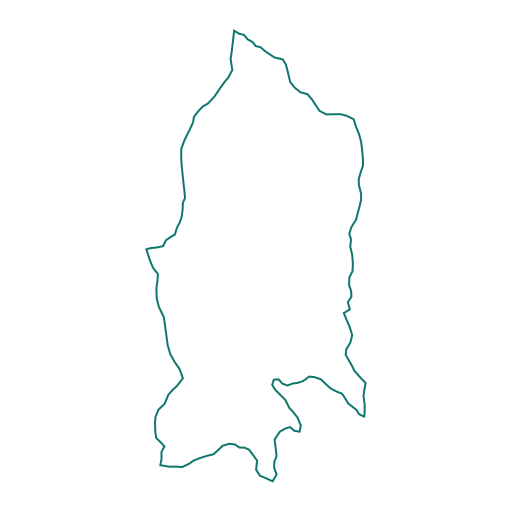 Ibirama, Santa Catarina, Brazil
{"feature_id": "56859067B41531797206151", "entity_name": "Ibirama", "entity_type": "district", "adm_level": 2, "iso_a3": "BRA", "parent_name": "Brazil", "parent_adm1": "Santa Catarina", "projection": "natural_earth1", "projection_center": [-49.524, -27.014], "detail": "fine", "context": "isolated", "style": "outline", "palette": "teal", "viewbox_px": 512, "rotation_deg": 0, "n_neighbors": 0, "source": "geoboundaries", "source_scale": "gbopen_adm2", "svg_char_len": 2452}
<svg xmlns="http://www.w3.org/2000/svg" viewBox="0 0 512 512"><path d="M351.1,239.7L349.3,233.7L351.3,227.3L356.0,219.7L358.3,211.0L359.9,205.0L361.1,199.7L361.1,193.6L358.9,185.2L358.7,179.5L360.4,173.1L363.0,165.5L363.0,159.7L362.5,154.3L361.8,147.3L361.1,141.7L359.1,134.3L355.9,126.4L353.6,119.2L346.5,115.7L340.4,114.2L335.4,114.2L330.4,114.3L326.0,114.3L319.3,110.7L314.8,103.8L312.0,99.5L307.5,94.2L300.5,92.3L294.3,87.3L290.2,82.0L287.8,71.8L285.9,64.6L282.7,59.4L274.6,57.5L268.6,53.6L264.5,50.7L260.5,47.2L255.7,46.1L252.7,42.1L247.7,39.4L243.9,34.8L239.5,33.9L234.1,30.7L233.5,36.6L232.6,44.0L231.6,52.5L230.6,58.8L232.3,70.1L228.4,77.4L224.7,81.8L219.4,89.2L214.0,97.1L207.6,103.8L203.1,106.2L198.2,111.3L193.9,116.9L193.1,122.3L190.3,128.4L187.4,134.2L184.5,140.1L181.3,148.8L181.2,158.2L181.9,167.8L182.9,177.4L183.8,185.8L184.5,191.9L185.0,198.0L182.9,202.9L182.6,210.0L181.6,217.2L179.8,222.3L176.9,227.8L174.9,234.5L170.3,237.2L165.8,240.4L163.1,246.1L157.4,247.4L150.7,248.1L146.4,249.3L148.5,256.1L150.8,262.7L153.1,267.9L157.9,274.0L157.4,281.5L156.4,288.1L156.7,298.1L158.8,306.7L161.7,312.8L163.9,317.4L167.7,345.3L170.3,354.2L174.7,362.0L179.7,369.3L182.9,378.3L177.1,385.8L173.0,389.6L168.5,394.5L164.6,403.8L158.4,409.7L155.5,417.1L155.0,423.2L155.3,431.6L156.2,438.0L160.3,441.9L164.4,446.4L161.5,451.9L161.5,459.3L160.3,465.2L169.4,466.7L176.1,466.7L182.3,467.0L188.9,463.9L193.6,460.6L200.1,458.0L206.5,456.0L213.4,454.3L218.4,449.9L222.5,445.8L229.2,443.8L235.0,444.5L239.6,447.6L244.4,447.6L249.1,449.7L252.5,454.3L257.1,460.6L256.1,469.6L259.9,475.7L264.8,477.7L272.6,481.3L276.6,474.5L274.1,467.6L274.3,461.9L276.6,456.0L275.6,447.6L274.6,439.5L279.8,431.7L285.4,428.5L290.0,427.1L294.3,430.8L299.6,431.7L300.8,425.5L297.6,417.7L293.3,412.2L289.3,407.9L285.3,399.8L279.0,393.6L275.1,389.7L272.2,384.9L273.8,379.7L278.7,379.4L282.3,383.6L287.6,385.5L292.6,383.5L297.2,383.0L302.9,381.2L309.2,376.6L314.3,377.1L320.7,379.2L326.2,384.4L330.6,388.4L336.6,391.6L341.9,393.6L345.2,398.4L348.3,403.6L352.4,406.7L356.5,409.9L359.1,414.2L364.2,416.6L364.7,411.0L364.6,403.8L363.5,396.2L364.2,390.8L365.6,383.0L359.1,376.2L354.3,370.7L351.4,364.7L348.3,359.5L345.7,354.9L346.2,349.4L350.3,342.7L352.2,335.1L349.8,327.3L346.7,320.1L343.8,313.1L349.8,309.4L347.9,302.0L351.4,296.8L351.1,290.7L349.1,285.5L349.3,277.4L352.5,271.3L352.9,264.1L352.2,254.8L350.2,246.5L351.1,239.7Z" fill="none" stroke="#0f766e" stroke-width="2"/></svg>